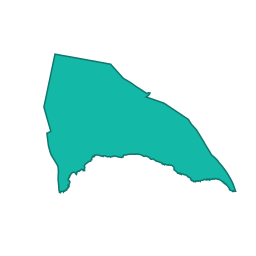 Vaisigano West, Vaisigano, Samoa (Natural Earth projection), rotated 163°
{"feature_id": "51752279B83284410514886", "entity_name": "Vaisigano West", "entity_type": "district", "adm_level": 2, "iso_a3": "WSM", "parent_name": "Samoa", "parent_adm1": "Vaisigano", "projection": "natural_earth1", "projection_center": [-172.718, -13.526], "detail": "fine", "context": "isolated", "style": "filled", "palette": "teal", "viewbox_px": 256, "rotation_deg": 163, "n_neighbors": 0, "source": "geoboundaries", "source_scale": "gbopen_adm2", "svg_char_len": 3413}
<svg xmlns="http://www.w3.org/2000/svg" viewBox="0 0 256 256"><g transform="rotate(163 128 128)"><path d="M212.3,88.1L211.9,87.5L212.4,86.8L211.9,86.1L211.4,86.7L211.2,86.2L210.6,86.8L209.2,86.6L208.7,86.3L208.5,85.7L208.0,86.4L207.4,86.0L206.6,86.2L205.9,87.1L204.9,86.6L204.7,87.2L204.0,87.5L203.7,88.1L203.2,88.0L203.0,88.7L202.4,88.7L201.6,89.2L201.6,90.1L202.1,90.3L202.0,90.7L201.3,90.0L201.0,91.3L200.3,91.7L199.8,92.9L199.3,93.5L199.3,94.2L200.5,95.5L200.4,96.2L199.6,96.8L199.6,97.2L199.0,98.0L198.6,97.8L197.7,98.9L197.9,99.4L197.6,99.7L196.8,99.8L196.4,100.3L195.5,101.0L194.3,101.5L192.8,101.6L191.9,101.0L191.5,100.3L191.4,99.4L190.9,98.7L190.5,99.6L190.0,99.9L189.6,101.1L189.0,101.3L188.2,101.2L187.5,100.8L186.9,101.3L186.1,101.4L184.7,102.0L184.1,101.8L183.3,101.2L183.3,100.3L182.0,99.9L181.7,100.5L181.9,101.2L181.6,101.9L180.9,102.6L180.7,103.2L180.9,104.4L180.2,105.4L178.7,106.1L177.0,106.7L175.6,107.3L174.0,107.4L173.5,107.2L172.7,108.2L171.9,108.3L171.8,109.1L171.4,110.0L170.6,110.3L170.1,111.3L169.5,111.3L169.0,110.4L168.3,110.7L168.0,111.8L167.5,111.9L166.7,111.4L165.6,111.4L163.9,110.5L162.5,109.4L161.8,109.2L161.3,108.6L160.6,108.6L160.1,108.0L159.4,108.6L157.3,107.7L157.0,107.1L155.8,106.4L154.5,106.1L154.2,106.2L153.2,105.7L153.2,105.3L152.4,105.5L151.9,105.3L150.7,105.2L150.1,105.5L147.4,104.3L146.1,103.5L145.7,103.0L144.9,102.9L143.8,102.1L143.1,101.8L142.6,101.6L142.0,102.2L141.3,101.7L140.9,102.4L139.9,103.4L138.1,102.8L135.9,102.7L134.1,102.4L133.4,102.4L132.8,102.0L129.8,101.2L128.5,100.7L127.3,100.5L125.1,99.6L123.8,98.9L122.1,97.5L121.7,96.6L120.7,96.1L119.3,96.0L117.8,95.1L116.2,93.3L115.2,91.4L114.2,91.2L112.7,91.0L111.7,89.3L110.5,87.9L109.5,87.6L109.2,87.2L105.8,84.6L105.8,83.9L105.3,84.0L105.1,83.0L104.0,82.8L103.9,82.2L102.9,82.5L102.1,81.6L99.7,80.5L99.5,80.8L99.0,80.4L97.0,79.4L96.1,78.2L95.5,77.0L96.2,74.6L95.6,74.0L95.5,73.7L94.1,71.6L93.7,70.2L93.3,69.9L92.6,70.2L92.1,69.2L91.6,69.5L91.5,68.8L90.6,67.9L90.1,68.5L88.9,67.9L87.8,66.7L87.2,66.7L86.3,66.2L85.7,65.5L85.2,64.2L84.1,62.9L83.5,62.7L82.7,61.7L83.1,61.0L82.7,59.5L82.3,59.6L82.0,58.7L81.3,58.8L80.8,57.4L79.8,57.3L79.0,57.5L79.0,56.9L77.0,57.2L76.8,56.8L76.3,56.9L75.9,56.4L74.7,56.5L74.4,55.9L74.0,56.4L72.7,56.6L71.8,56.1L70.9,56.5L69.6,56.5L69.5,56.0L68.2,55.8L68.1,55.5L67.2,56.0L67.1,55.3L66.1,55.5L65.6,54.6L65.2,55.2L64.8,54.6L64.4,54.9L63.8,54.5L62.7,54.4L62.5,54.7L61.6,54.1L60.9,54.6L60.2,54.3L60.0,53.8L59.0,53.9L58.4,53.7L57.5,52.8L57.0,53.0L56.3,52.7L56.2,52.2L55.7,52.2L55.3,51.5L53.9,50.2L53.6,49.1L52.4,48.6L52.7,47.7L51.8,47.1L51.9,46.8L51.3,45.8L50.8,46.0L50.7,45.0L50.2,44.4L49.4,42.7L48.7,40.5L49.0,40.0L48.7,38.9L47.6,38.0L46.7,37.5L46.6,36.8L45.6,37.1L45.3,36.4L43.6,36.0L43.9,43.7L44.5,47.8L45.4,51.8L45.8,53.7L46.9,57.6L48.2,61.4L50.3,66.8L50.9,67.8L51.6,70.0L52.4,71.9L54.0,74.8L56.0,77.9L57.0,82.2L58.4,87.4L59.5,92.3L63.0,106.0L66.3,113.0L67.8,118.6L72.2,123.9L86.3,141.2L87.7,142.2L101.6,152.4L98.6,153.4L97.5,154.2L96.7,155.0L97.9,155.7L98.9,155.6L100.3,155.9L102.3,158.4L108.6,165.8L111.7,170.0L115.0,173.7L117.9,176.7L126.0,194.1L134.1,198.3L151.0,207.0L153.3,208.2L163.0,213.2L170.3,216.9L176.2,220.0L202.3,172.6L202.8,147.3L207.1,146.7L209.3,134.1L209.5,127.5L209.3,124.5L206.9,115.2L206.4,113.1L206.3,110.9L207.1,107.5L208.0,104.6L208.8,102.6L210.0,99.0L210.5,96.3L211.0,94.0L212.3,88.1Z" fill="#14b8a6" stroke="#0f766e" stroke-width="1.5"/></g></svg>